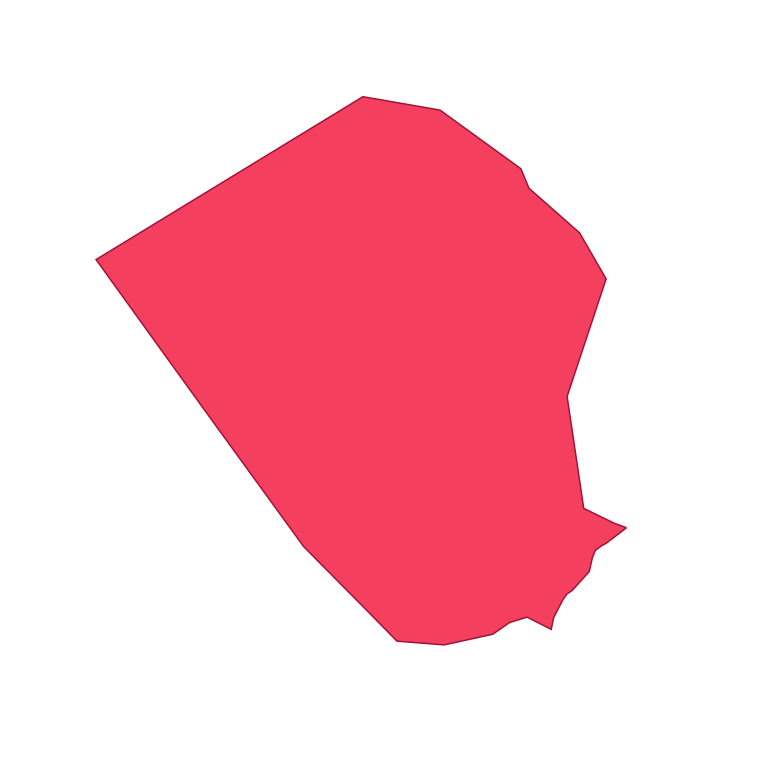 map outline of Ash Sharqiyah North (Albers equal-area conic projection), rotated 74°
{"feature_id": "OMN-5496", "entity_name": "Ash Sharqiyah North", "entity_type": "Region", "adm_level": 1, "iso_a3": "OMN", "parent_name": "Oman", "parent_adm1": "", "projection": "albers", "projection_center": [59.003, 22.366], "detail": "fine", "context": "isolated", "style": "filled", "palette": "rose", "viewbox_px": 768, "rotation_deg": 74, "n_neighbors": 0, "source": "natural_earth", "source_scale": "10m", "svg_char_len": 566}
<svg xmlns="http://www.w3.org/2000/svg" viewBox="0 0 768 768"><g transform="rotate(74 384 384)"><path d="M589.0,190.5L598.3,214.2L599.5,219.5L602.2,226.7L608.4,231.6L620.8,238.3L634.4,260.1L636.3,266.1L640.9,271.7L655.3,285.3L666.0,290.9L647.5,310.8L647.9,329.0L654.5,348.4L651.4,398.0L634.8,442.4L592.6,465.3L518.3,506.0L441.6,533.9L361.0,563.2L273.8,594.6L185.0,626.5L102.0,325.1L136.2,254.6L214.8,193.1L235.8,190.7L292.7,154.3L344.2,141.5L446.4,211.4L558.6,226.3L581.1,201.3L589.0,190.6L589.0,190.5Z" fill="#f43f5e" stroke="#9f1239" stroke-width="1.5"/></g></svg>